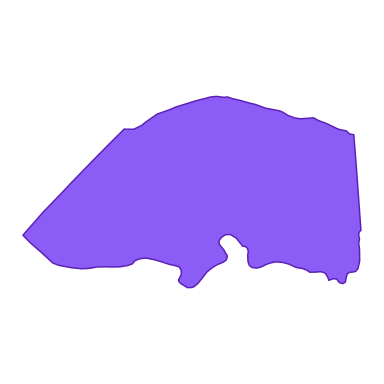 Coolie Town, Anse-la-Raye, Saint Lucia
{"feature_id": "8701671B87881136739477", "entity_name": "Coolie Town", "entity_type": "district", "adm_level": 2, "iso_a3": "LCA", "parent_name": "Saint Lucia", "parent_adm1": "Anse-la-Raye", "projection": "mercator", "projection_center": [-61.014, 13.957], "detail": "fine", "context": "isolated", "style": "filled", "palette": "violet", "viewbox_px": 384, "rotation_deg": 0, "n_neighbors": 0, "source": "geoboundaries", "source_scale": "gbopen_adm2", "svg_char_len": 2148}
<svg xmlns="http://www.w3.org/2000/svg" viewBox="0 0 384 384"><path d="M328.9,280.3L333.6,278.6L334.5,278.8L336.9,279.2L338.6,281.8L339.2,282.3L339.9,282.8L342.9,283.6L345.4,282.0L345.9,279.2L346.4,276.9L347.2,274.0L349.7,272.2L351.9,272.2L355.7,271.4L356.8,270.0L358.0,268.6L359.7,260.8L359.5,248.6L358.7,243.5L359.5,238.8L358.7,235.4L358.8,234.3L359.0,232.3L361.0,230.2L360.9,229.9L356.3,166.4L353.8,134.7L349.6,134.0L346.3,130.9L339.6,129.5L336.1,128.2L327.0,123.7L318.3,120.5L313.4,117.7L312.9,117.9L300.6,118.8L294.5,117.9L287.7,115.3L282.8,112.2L279.8,110.9L265.4,108.1L255.9,104.6L248.2,102.7L240.5,100.5L232.3,98.6L227.7,97.0L224.0,97.3L216.3,96.4L210.5,97.0L205.6,98.3L195.8,100.8L175.6,107.1L170.7,109.3L157.2,114.1L144.9,122.6L142.2,125.1L133.9,129.2L125.6,129.2L124.3,129.0L122.0,131.3L110.2,143.0L93.0,160.4L69.3,184.8L66.9,187.5L58.2,196.6L54.6,200.3L42.4,212.9L35.1,221.4L33.9,222.7L25.5,232.2L24.0,233.9L23.4,234.8L23.0,235.3L30.3,242.7L30.6,243.1L30.9,243.3L41.1,252.2L42.9,253.9L47.7,258.3L52.0,262.2L53.0,263.1L56.2,264.3L59.2,265.4L72.0,267.8L77.1,268.3L81.6,268.8L84.2,268.6L87.5,268.5L90.0,268.2L90.4,268.2L96.7,267.0L105.1,266.8L112.9,267.0L119.9,266.8L127.7,265.5L132.3,263.9L134.2,261.6L135.6,260.4L139.5,258.9L143.3,258.3L146.8,258.2L154.2,259.7L162.2,262.0L169.0,264.3L175.0,265.6L179.0,266.8L181.1,269.9L181.4,274.1L179.7,277.6L178.5,280.0L179.0,281.7L181.0,283.8L184.2,285.6L187.3,287.6L190.0,287.6L192.5,287.4L194.5,286.3L198.0,283.4L201.0,279.6L203.8,276.1L206.7,272.2L209.2,270.1L211.4,268.5L211.7,268.2L211.9,268.0L212.4,267.7L214.0,266.6L217.3,264.6L222.6,262.5L225.5,260.7L226.8,258.8L227.3,256.2L226.5,254.1L225.7,253.5L224.0,250.1L219.3,244.3L219.0,240.8L221.0,238.1L221.8,237.1L225.4,234.8L230.3,234.4L236.2,238.1L239.6,242.3L242.7,246.2L245.6,246.6L247.3,248.2L248.3,251.4L247.7,255.4L248.0,261.6L249.3,265.4L251.8,267.4L256.6,268.1L259.9,267.3L260.9,267.1L266.7,264.2L271.5,262.7L276.4,261.8L282.9,262.5L289.3,264.2L295.9,267.4L299.2,268.0L302.1,268.4L306.7,270.1L309.8,272.2L315.9,272.1L320.3,271.7L323.5,272.3L325.9,274.0L327.8,277.3L328.9,280.3Z" fill="#8b5cf6" stroke="#5b21b6" stroke-width="1.5"/></svg>